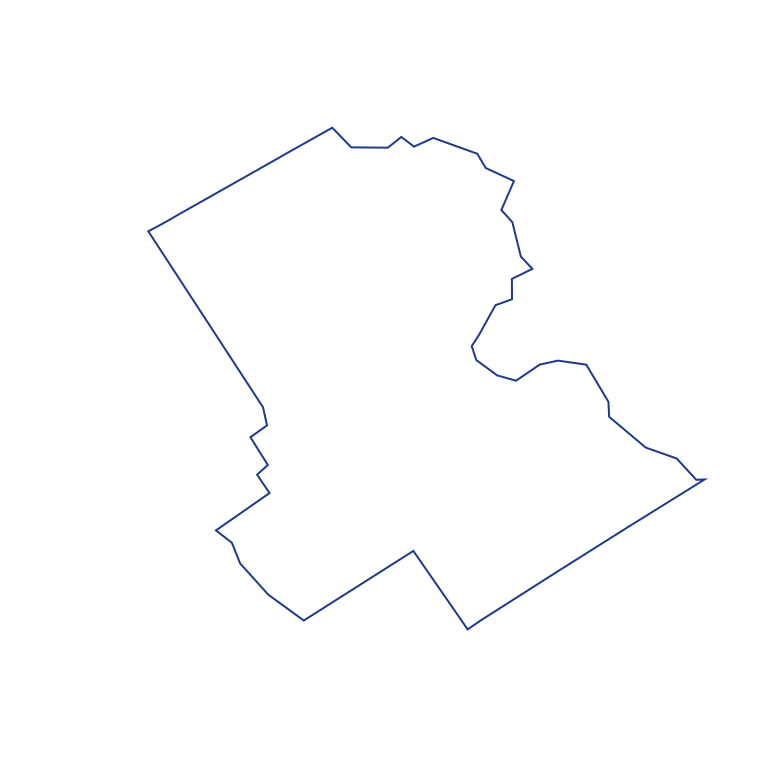 outline of Lowndes, Georgia, United States of America, rotated 146°
{"feature_id": "52423323B90608613064350", "entity_name": "Lowndes", "entity_type": "district", "adm_level": 2, "iso_a3": "USA", "parent_name": "United States of America", "parent_adm1": "Georgia", "projection": "equal_earth", "projection_center": [-83.3, 30.828], "detail": "fine", "context": "isolated", "style": "outline", "palette": "blue", "viewbox_px": 768, "rotation_deg": 146, "n_neighbors": 0, "source": "geoboundaries", "source_scale": "gbopen_adm2", "svg_char_len": 862}
<svg xmlns="http://www.w3.org/2000/svg" viewBox="0 0 768 768"><g transform="rotate(146 384 384)"><path d="M435.4,133.9L343.2,131.5L257.2,128.8L171.7,125.6L178.7,130.0L183.0,158.5L202.6,185.0L215.7,230.9L207.9,243.7L205.5,286.9L226.7,306.1L244.0,313.0L272.7,312.9L285.4,327.9L294.1,352.3L290.1,366.3L277.1,371.9L247.5,387.0L230.5,382.7L219.2,399.6L196.6,396.5L199.3,413.1L187.1,446.4L189.4,462.6L162.8,479.6L178.9,506.2L177.9,522.7L205.6,560.5L226.4,564.0L231.5,579.1L248.7,577.8L278.8,598.5L283.6,625.4L299.4,626.7L327.4,629.0L329.4,629.2L329.7,629.2L364.8,631.9L445.6,638.3L457.9,639.3L468.5,640.0L475.3,640.5L494.0,642.4L497.3,432.4L504.1,415.1L524.5,414.6L525.6,381.8L539.9,379.8L539.9,357.6L605.2,356.6L598.9,337.4L603.6,315.7L597.7,273.9L582.8,232.8L453.0,229.2L452.0,144.9L451.9,133.8L435.4,133.9Z" fill="none" stroke="#1e3a8a" stroke-width="2"/></g></svg>